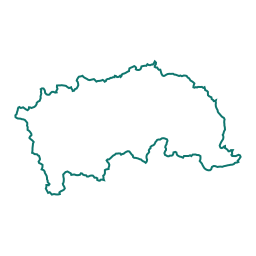 Domingos Martins, Espírito Santo, Brazil
{"feature_id": "56859067B46738246556776", "entity_name": "Domingos Martins", "entity_type": "district", "adm_level": 2, "iso_a3": "BRA", "parent_name": "Brazil", "parent_adm1": "Espírito Santo", "projection": "albers", "projection_center": [-40.844, -20.318], "detail": "fine", "context": "isolated", "style": "outline", "palette": "teal", "viewbox_px": 256, "rotation_deg": 0, "n_neighbors": 0, "source": "geoboundaries", "source_scale": "gbopen_adm2", "svg_char_len": 5763}
<svg xmlns="http://www.w3.org/2000/svg" viewBox="0 0 256 256"><path d="M15.4,115.3L15.5,117.1L16.4,117.8L17.8,118.5L19.6,118.6L20.7,118.7L21.8,119.2L23.1,119.3L24.8,119.9L27.2,122.7L27.3,124.2L27.0,125.5L27.7,127.2L27.6,128.5L27.6,129.9L28.9,130.7L29.8,131.6L30.7,132.8L31.4,134.1L31.4,135.3L30.1,136.4L29.4,137.9L30.2,138.8L32.4,140.5L33.7,142.0L33.0,143.5L32.9,144.8L32.5,148.1L32.5,149.6L32.4,151.2L32.1,152.8L33.4,153.2L34.5,154.1L36.0,154.2L37.2,154.4L37.9,155.4L39.0,155.8L39.5,157.2L40.0,159.1L39.5,160.3L38.6,161.6L39.1,163.0L40.9,163.8L42.5,164.8L42.5,166.1L42.4,167.4L41.6,169.4L43.6,170.1L44.7,171.5L44.8,172.7L46.6,175.8L47.0,177.7L47.0,179.3L47.7,180.7L47.6,181.9L48.5,183.0L49.5,184.1L48.7,185.3L47.6,185.0L46.4,185.0L46.4,187.0L45.8,188.6L46.4,189.7L47.1,191.0L48.1,192.9L49.7,192.2L51.9,194.6L53.2,194.2L54.5,194.1L55.8,194.4L57.2,194.5L58.6,194.4L59.8,194.1L59.4,192.4L60.8,191.3L62.6,190.5L64.0,189.6L64.8,188.4L64.2,186.7L63.1,184.9L62.8,183.7L63.4,182.8L63.7,181.5L63.8,180.0L63.8,178.6L63.4,176.8L63.2,174.5L64.2,173.5L65.5,172.1L67.5,171.5L70.8,173.4L71.3,174.9L72.9,174.6L74.4,174.5L76.2,175.1L78.0,175.2L79.9,174.8L80.9,173.3L82.0,173.5L83.1,174.7L84.4,175.2L86.1,175.3L87.0,176.5L88.5,176.5L90.1,175.7L91.7,175.5L92.8,175.6L93.8,176.6L94.5,177.7L96.2,177.7L97.3,178.3L97.2,179.9L98.7,180.6L99.8,180.7L100.6,179.7L102.2,179.6L104.0,180.1L103.5,178.7L103.5,177.4L103.2,175.7L104.3,174.8L104.9,173.4L104.9,170.1L106.2,169.4L108.6,169.0L108.6,167.6L109.1,166.3L109.3,164.8L108.7,163.2L107.5,161.9L106.6,160.4L107.6,159.4L108.8,159.5L110.0,158.6L111.1,157.6L112.4,156.3L113.3,155.5L114.6,154.9L116.0,153.6L117.2,153.6L118.6,153.4L120.3,153.5L121.1,154.7L122.3,154.0L123.6,153.8L124.7,152.8L126.3,151.8L127.9,151.2L129.4,151.5L131.8,154.7L132.8,155.4L133.0,156.9L134.1,157.8L135.8,157.9L138.2,158.5L139.6,159.2L141.1,159.5L141.9,160.4L143.2,161.3L144.4,161.8L145.7,162.8L146.7,161.6L147.1,159.7L146.5,158.0L146.5,156.2L147.0,154.5L148.3,153.2L149.2,151.9L148.8,150.3L149.4,149.2L150.5,148.3L150.5,146.9L151.7,145.9L153.2,145.3L154.3,144.5L155.0,143.2L155.5,142.0L156.3,141.2L157.2,139.9L158.6,139.5L160.0,139.6L162.0,138.3L163.4,138.2L164.6,138.4L167.0,139.4L167.5,140.8L166.7,142.8L166.5,144.4L165.7,145.5L165.2,147.2L166.0,148.6L166.0,150.0L165.2,151.1L164.4,153.1L165.0,154.9L166.3,155.5L167.4,156.2L168.8,156.3L169.9,155.6L171.3,155.7L172.5,155.3L173.3,153.8L173.5,152.4L175.3,151.9L176.4,152.5L176.7,154.0L177.3,155.2L178.5,156.0L179.8,156.6L181.3,156.9L183.0,157.7L184.0,156.0L185.8,156.0L187.0,156.0L188.6,156.0L190.1,155.3L191.3,156.1L192.7,154.6L195.6,154.5L196.9,155.0L198.8,155.1L200.4,156.1L200.5,157.8L200.3,159.7L199.7,161.0L200.7,162.2L201.9,163.6L202.6,165.2L203.3,166.4L204.0,167.6L204.7,168.5L206.4,169.7L208.3,170.3L210.0,170.2L211.2,169.3L211.5,168.2L212.0,166.9L213.7,166.0L215.1,166.1L217.6,167.0L218.8,166.7L220.5,166.6L222.3,166.8L223.9,166.2L225.9,165.8L227.8,165.3L229.2,165.1L230.4,164.8L232.1,164.7L233.8,164.1L234.9,162.9L236.1,162.6L237.2,162.5L238.4,162.0L237.7,160.7L238.9,159.5L240.6,156.9L240.0,155.4L238.6,154.8L237.2,155.4L235.8,156.1L232.2,156.0L231.4,154.9L232.2,154.0L232.0,152.7L232.1,151.5L232.8,150.1L230.9,150.1L229.8,151.2L228.5,151.3L227.5,149.8L226.3,148.8L225.0,148.0L225.0,146.1L223.8,146.6L222.8,147.7L221.7,148.1L220.6,147.8L220.0,146.6L219.7,145.5L220.4,143.8L221.3,141.9L223.1,139.1L223.4,137.6L223.3,136.1L222.7,134.9L223.4,133.8L223.8,132.1L224.3,130.8L225.0,129.7L224.9,128.4L224.8,127.2L224.4,125.5L224.4,124.0L224.2,122.4L224.3,120.7L224.6,119.4L223.8,117.8L222.3,117.0L221.2,115.9L219.7,114.1L218.5,112.8L217.8,111.7L217.6,110.2L216.6,108.4L215.9,106.6L215.7,104.5L215.9,102.9L215.6,101.6L215.9,100.3L214.8,100.9L213.7,101.1L213.1,100.0L211.7,99.1L211.4,97.3L209.2,96.3L208.0,95.2L207.9,93.6L207.9,91.9L206.8,90.8L205.2,90.1L204.9,88.6L204.5,87.2L203.3,87.9L201.9,86.9L200.4,87.0L198.0,86.9L197.0,87.5L195.9,87.1L194.5,87.7L193.4,87.3L193.6,85.6L194.4,83.4L193.4,82.4L192.2,81.5L190.5,80.5L189.1,78.3L187.7,77.5L186.6,75.9L185.2,75.6L183.8,75.5L181.9,76.2L180.3,75.5L179.1,76.0L175.7,74.7L174.3,74.6L173.2,73.8L172.1,73.8L170.8,73.9L169.5,73.8L167.8,74.0L166.4,74.6L165.2,75.4L163.9,76.0L162.5,75.5L161.4,73.6L160.8,71.4L160.3,69.7L158.9,69.8L157.9,68.8L157.2,67.5L155.9,67.5L154.7,66.9L155.0,65.3L155.8,64.4L156.0,62.6L154.8,61.4L154.0,63.0L152.8,64.6L151.7,64.5L150.2,65.2L148.7,65.0L147.4,64.2L146.3,65.8L145.2,65.7L143.2,66.0L141.5,66.4L141.0,68.1L140.4,69.3L138.9,70.0L137.0,69.9L135.8,69.3L136.1,67.8L135.4,66.8L134.2,66.1L132.7,66.9L130.8,67.7L129.4,68.4L129.2,69.7L129.0,71.1L128.0,71.5L126.9,72.1L125.6,72.9L124.3,73.5L123.0,73.8L121.9,74.5L121.5,76.0L120.7,76.9L120.0,75.8L118.7,76.9L117.1,77.1L115.9,76.0L114.8,75.8L114.5,77.2L113.0,77.2L111.6,77.9L110.4,77.9L109.3,78.8L107.6,79.0L106.4,79.6L105.9,81.0L104.7,81.7L103.8,80.6L102.7,79.9L101.4,80.5L99.4,80.9L97.7,81.0L96.4,81.6L95.0,80.1L93.9,79.1L89.7,80.1L88.2,79.8L86.9,78.9L85.1,78.0L83.5,77.0L82.5,75.8L81.1,76.3L80.0,76.5L78.9,76.7L78.1,77.7L77.1,79.4L76.7,80.7L77.7,81.9L78.1,83.5L78.3,85.2L77.6,86.8L76.6,88.5L75.0,89.1L74.1,90.7L72.7,91.0L72.4,89.8L71.4,88.5L71.1,87.3L69.0,88.1L67.9,87.4L66.8,86.6L66.0,85.9L64.5,85.6L63.0,85.4L61.7,85.2L60.1,85.4L58.3,85.4L57.0,85.5L56.9,87.2L57.5,88.9L56.9,89.9L56.2,91.2L56.6,92.4L55.2,92.6L53.6,91.9L52.0,91.9L50.6,93.0L49.5,94.6L48.1,94.8L46.5,94.4L45.1,92.8L44.9,90.9L44.4,89.7L43.5,88.5L41.9,88.4L40.7,89.2L41.2,90.3L40.9,92.0L41.3,93.5L40.9,95.0L40.5,96.5L40.7,98.1L40.2,99.3L39.7,100.8L37.9,101.7L36.7,102.9L36.6,104.2L35.7,105.7L34.4,106.9L31.4,108.0L30.1,107.4L29.0,107.3L28.8,109.0L27.6,110.2L25.8,109.3L23.1,107.3L21.8,107.8L20.4,107.9L19.5,107.0L18.4,107.5L17.9,108.7L17.7,110.2L17.0,112.2L16.6,114.1L15.4,115.3Z" fill="none" stroke="#0f766e" stroke-width="2"/></svg>